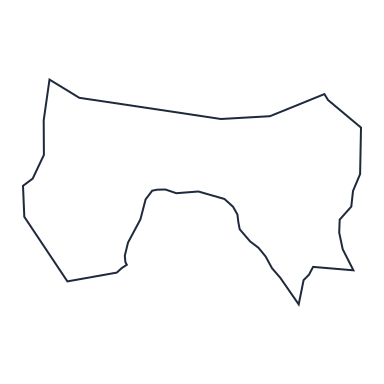 the Municipality of Šentilj
{"feature_id": "SVN-986", "entity_name": "Šentilj", "entity_type": "Municipality", "adm_level": 1, "iso_a3": "SVN", "parent_name": "Slovenia", "parent_adm1": "", "projection": "albers", "projection_center": [15.723, 46.676], "detail": "fine", "context": "isolated", "style": "outline", "palette": "slate", "viewbox_px": 384, "rotation_deg": 0, "n_neighbors": 0, "source": "natural_earth", "source_scale": "10m", "svg_char_len": 692}
<svg xmlns="http://www.w3.org/2000/svg" viewBox="0 0 384 384"><path d="M221.0,119.0L269.9,116.2L324.4,94.1L328.1,100.1L361.0,127.6L360.1,174.1L353.0,191.0L351.3,206.6L339.7,219.6L339.2,232.6L342.7,249.2L353.4,270.3L313.1,266.9L309.0,274.7L303.6,280.1L298.7,304.4L280.3,277.8L272.0,268.2L265.7,256.6L258.5,247.8L250.2,241.5L239.7,229.3L238.4,222.5L237.4,214.5L233.1,206.8L224.5,199.0L198.4,191.5L176.3,193.2L165.4,189.5L157.1,189.7L152.2,190.7L145.6,199.4L140.4,219.4L128.0,242.6L124.8,255.8L125.4,262.1L126.8,264.8L121.6,268.2L116.8,272.6L67.4,281.4L24.3,216.8L23.0,185.8L32.7,178.6L43.9,154.9L43.7,120.3L49.5,79.6L79.3,97.8L221.0,119.0Z" fill="none" stroke="#1e293b" stroke-width="2"/></svg>